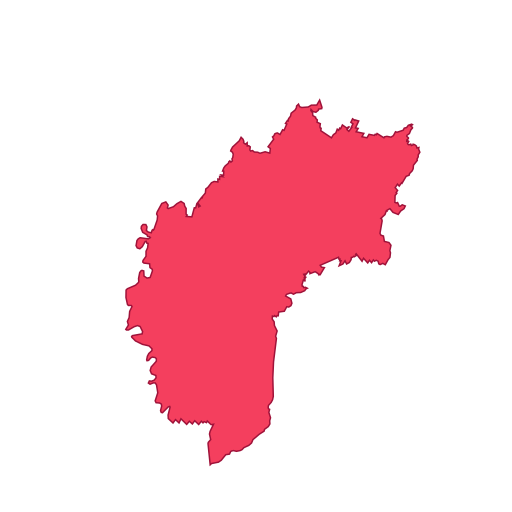 Juan Rodríguez Clara, Veracruz, Mexico (Equal Earth projection), rotated 215°
{"feature_id": "50627088B58130474518882", "entity_name": "Juan Rodríguez Clara", "entity_type": "district", "adm_level": 2, "iso_a3": "MEX", "parent_name": "Mexico", "parent_adm1": "Veracruz", "projection": "equal_earth", "projection_center": [-95.356, 17.973], "detail": "fine", "context": "isolated", "style": "filled", "palette": "rose", "viewbox_px": 512, "rotation_deg": 215, "n_neighbors": 0, "source": "geoboundaries", "source_scale": "gbopen_adm2", "svg_char_len": 6112}
<svg xmlns="http://www.w3.org/2000/svg" viewBox="0 0 512 512"><g transform="rotate(215 256 256)"><path d="M320.6,121.2L319.7,121.1L318.0,122.3L315.3,128.1L313.2,131.0L310.5,131.8L305.6,129.1L304.6,126.9L311.5,120.0L311.8,118.8L311.1,118.2L306.0,117.3L298.3,118.5L292.1,121.0L288.0,120.3L287.0,118.8L287.9,114.7L287.5,111.6L286.0,108.2L285.2,107.7L284.1,108.9L283.8,112.1L282.9,113.8L280.2,115.0L278.7,114.7L277.3,112.6L278.2,104.9L277.0,101.5L274.0,99.6L269.5,100.7L268.0,98.9L268.2,95.9L269.7,93.6L271.7,92.5L271.3,90.2L269.3,90.2L267.3,93.2L265.7,94.2L263.5,93.3L258.0,87.6L255.5,79.5L253.7,78.5L250.6,80.3L248.6,80.4L247.2,79.0L245.5,74.6L243.9,73.5L242.7,74.0L241.3,82.2L240.4,83.3L239.7,82.9L236.8,75.3L234.6,72.5L228.2,71.6L228.1,75.8L223.3,75.1L224.1,79.6L216.2,78.3L215.8,82.4L211.8,81.9L211.7,85.9L206.3,85.1L206.0,89.3L203.7,88.9L203.5,90.6L201.0,91.1L201.3,92.9L196.0,92.1L194.3,93.8L193.0,86.0L192.0,83.5L187.8,79.6L188.2,76.0L187.7,74.8L173.8,58.7L173.4,60.5L168.5,65.6L167.3,68.8L166.8,75.9L164.1,78.5L164.6,81.3L164.2,82.2L162.8,83.7L160.0,84.8L157.4,87.5L156.4,89.3L156.0,92.1L153.2,96.9L152.4,100.3L153.2,103.8L151.1,111.9L148.9,117.2L149.6,118.9L148.1,123.3L148.3,126.4L150.3,128.9L151.3,131.8L155.8,135.3L156.9,138.2L158.2,138.0L159.3,139.1L160.1,140.8L159.6,144.8L160.0,147.8L161.3,150.9L172.4,165.9L180.9,179.3L192.0,200.2L193.9,201.5L195.7,206.7L201.0,209.6L203.4,212.5L206.6,213.7L208.1,216.2L206.6,216.7L206.6,217.8L204.5,217.8L204.5,219.3L203.5,219.8L205.3,223.1L201.1,227.0L201.7,232.1L199.9,233.0L198.9,235.4L199.5,237.9L202.9,240.8L208.8,240.2L209.0,241.1L208.9,242.2L207.0,244.9L205.9,245.9L203.4,246.2L201.9,249.1L198.5,251.7L196.2,255.5L196.2,257.7L195.5,259.0L197.6,258.7L198.8,257.5L200.0,258.2L200.8,257.8L201.9,259.0L203.4,263.4L201.7,263.6L202.0,264.5L203.0,264.5L203.0,267.2L203.8,267.1L203.9,265.0L204.2,267.4L206.4,268.4L205.5,269.3L204.7,268.0L204.2,273.8L202.4,273.5L201.7,272.5L198.5,277.1L195.1,277.2L193.6,276.6L193.6,277.3L192.7,277.5L193.3,285.7L196.0,284.4L198.1,285.2L187.7,302.3L186.2,301.0L185.4,301.6L184.7,300.0L183.6,300.8L182.3,295.7L180.2,299.3L180.3,303.1L177.2,301.4L175.8,304.2L176.0,307.5L177.1,309.5L176.2,310.2L175.7,311.9L175.0,311.8L174.2,313.7L174.4,314.4L175.3,314.5L175.2,315.3L166.1,312.5L166.6,315.8L160.5,314.4L160.6,317.6L157.5,316.8L157.6,320.1L156.0,319.7L155.0,321.5L153.0,321.8L150.9,320.0L149.4,320.2L147.9,322.7L145.1,323.0L145.7,328.7L145.5,331.7L147.7,335.8L149.4,337.1L151.6,342.2L154.8,343.3L159.2,341.6L163.1,345.5L165.5,344.7L167.4,345.6L172.8,357.1L174.2,358.4L175.3,358.4L174.1,363.9L175.1,367.6L174.4,368.0L174.9,368.6L173.5,371.6L168.8,370.3L163.3,371.6L163.3,375.8L161.9,379.7L162.4,382.6L165.6,381.8L166.4,379.5L167.2,379.0L170.7,381.0L171.5,379.9L173.0,379.6L176.8,385.4L176.6,388.2L177.6,388.4L177.6,390.9L181.2,391.8L181.3,396.0L178.8,395.4L178.7,399.5L178.1,399.4L178.7,407.4L176.9,410.0L177.5,411.6L176.9,415.3L177.3,417.6L179.1,420.7L178.7,426.8L179.7,427.8L180.0,430.3L181.1,431.8L181.3,435.0L184.2,436.9L184.8,438.3L186.1,436.8L187.7,438.1L189.9,438.2L191.4,437.7L191.1,437.0L192.1,435.6L193.4,436.4L194.5,434.8L195.4,434.6L196.4,435.1L196.6,437.5L197.6,437.5L198.3,436.4L199.0,437.6L198.5,439.5L198.9,440.2L201.1,440.5L201.6,441.4L200.6,444.3L201.5,448.2L201.2,450.4L201.6,451.1L203.9,451.2L203.1,453.3L204.1,453.3L206.2,450.5L206.3,447.6L207.9,445.8L207.6,443.4L211.5,438.2L213.0,437.8L212.5,433.4L213.6,430.8L217.4,429.1L219.1,427.3L219.0,426.2L227.1,425.8L227.0,424.3L228.2,424.1L228.2,422.7L233.2,420.5L232.9,416.5L237.6,414.5L238.0,418.3L245.2,415.2L245.5,419.1L248.0,418.0L249.3,425.5L252.9,424.3L253.0,423.1L253.1,423.8L255.6,423.8L255.0,419.9L252.4,419.9L251.8,416.1L251.3,416.2L251.5,411.4L254.0,411.7L253.7,415.7L255.2,412.9L260.4,412.9L259.7,408.8L260.8,408.8L260.4,406.4L262.2,406.5L261.2,402.6L262.2,399.8L262.0,396.1L274.8,395.8L275.9,398.0L277.0,397.8L278.1,399.1L279.2,401.3L282.7,400.6L283.9,402.7L286.1,403.0L286.7,403.9L290.0,403.6L291.8,405.8L294.5,406.6L295.0,407.6L292.2,407.0L289.4,408.1L288.5,411.1L289.0,412.2L286.7,414.4L287.2,415.6L293.3,420.2L292.8,414.5L297.2,411.3L298.7,408.0L303.7,403.9L305.9,403.3L308.3,404.8L308.8,402.2L307.9,400.5L307.7,398.0L309.1,393.1L307.9,390.3L308.1,387.3L307.2,385.0L308.0,385.0L307.9,381.5L306.5,381.8L305.1,375.0L306.6,374.7L306.0,369.3L309.0,369.1L309.9,368.2L310.7,366.8L310.3,364.8L310.8,363.0L308.5,361.8L308.8,352.4L305.9,352.3L303.7,348.2L308.3,346.6L311.7,342.4L314.1,342.0L317.0,340.2L319.3,340.4L320.6,338.9L321.9,339.4L323.3,342.1L325.2,342.2L326.3,341.1L328.2,343.7L328.8,341.5L331.1,341.7L331.8,343.0L333.6,344.2L336.3,344.7L335.8,340.7L337.7,331.8L337.3,328.4L337.0,327.5L334.9,327.5L333.1,326.4L331.5,323.3L331.4,321.8L329.9,320.4L330.4,318.5L332.0,318.9L332.3,317.5L331.8,316.2L332.9,312.1L332.9,309.6L332.1,306.4L331.1,307.0L328.9,303.6L331.0,302.4L328.6,302.0L331.5,300.4L329.8,297.9L331.4,297.2L329.7,294.8L333.0,293.1L334.5,290.5L334.8,284.6L335.6,282.1L333.6,278.5L334.1,273.1L333.6,273.2L333.5,272.5L334.2,272.3L334.4,266.1L330.4,264.9L331.1,263.4L333.7,265.5L334.5,265.0L333.0,260.8L334.2,260.1L331.0,251.3L335.8,248.4L335.9,250.1L337.3,250.2L340.5,254.9L342.9,255.9L345.0,257.8L348.8,257.7L350.8,253.5L351.9,249.0L355.1,244.5L356.1,244.5L357.2,247.3L360.9,248.6L363.3,245.0L362.2,235.3L361.5,233.4L359.6,232.4L357.6,228.8L354.9,219.4L354.9,218.5L355.6,218.5L355.9,217.5L355.1,215.0L357.9,213.8L360.4,214.0L362.0,217.3L364.3,218.6L366.6,217.0L366.9,214.6L365.9,212.7L362.4,210.4L357.4,210.8L356.0,209.8L354.3,210.7L353.1,210.4L354.0,208.3L361.4,204.5L362.3,202.5L362.4,200.4L360.2,195.7L357.9,194.5L355.3,195.3L354.5,198.4L355.1,204.3L354.4,205.1L352.8,203.9L351.6,204.4L349.5,200.6L348.8,196.8L345.9,192.6L346.0,187.6L345.3,186.1L343.8,185.9L338.7,188.6L336.2,185.7L333.4,185.6L332.3,184.4L330.4,177.7L332.6,175.4L336.2,175.3L339.4,179.4L341.2,178.8L341.7,177.9L341.8,175.8L339.3,170.2L337.2,167.6L337.2,166.4L337.9,163.0L342.6,155.4L342.9,153.6L338.7,147.4L333.5,142.6L332.2,142.3L329.7,144.0L328.6,143.5L327.7,138.1L324.6,132.8L323.8,128.6L320.9,126.3L320.6,121.2Z" fill="#f43f5e" stroke="#9f1239" stroke-width="1.5"/></g></svg>